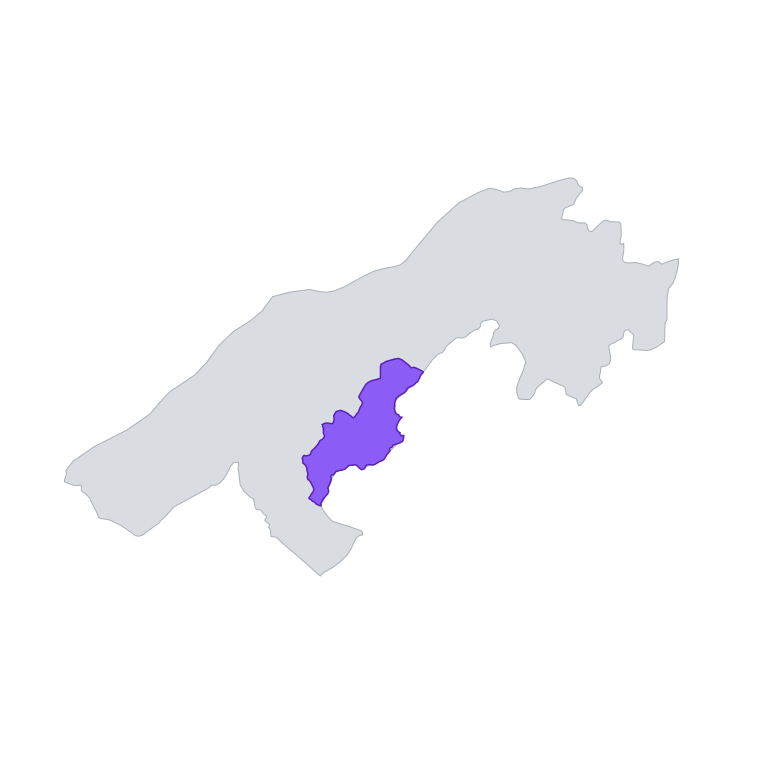 Cuvette-Ouest on a map of Republic of the Congo (Equal Earth projection), rotated 221°
{"feature_id": "COG-2185", "entity_name": "Cuvette-Ouest", "entity_type": "Region", "adm_level": 1, "iso_a3": "COG", "parent_name": "Republic of the Congo", "parent_adm1": "", "projection": "equal_earth", "projection_center": [14.65, 0.103], "detail": "fine", "context": "in_parent", "style": "filled", "palette": "violet", "viewbox_px": 768, "rotation_deg": 221, "n_neighbors": 0, "source": "natural_earth", "source_scale": "10m", "svg_char_len": 7406}
<svg xmlns="http://www.w3.org/2000/svg" viewBox="0 0 768 768"><g transform="rotate(221 384 384)"><path d="M200.0,599.8L202.9,589.6L205.1,584.9L207.7,581.6L218.3,573.6L219.9,573.9L227.2,584.3L229.6,585.1L232.2,584.8L235.3,585.3L236.8,583.2L237.0,580.5L234.8,577.5L234.4,574.3L236.0,570.8L236.9,567.0L239.2,562.4L239.4,560.2L237.0,557.9L232.0,554.3L228.7,550.9L227.4,547.6L228.3,543.3L231.0,539.9L230.8,538.0L228.4,534.9L226.7,531.6L224.9,529.6L219.9,528.3L220.8,523.9L222.7,517.4L223.1,512.4L221.7,499.2L221.8,496.8L223.2,495.6L226.2,497.1L229.2,499.1L237.3,496.2L240.1,495.8L242.5,498.3L245.8,500.3L264.5,494.8L264.9,489.2L266.0,484.1L266.1,480.3L265.3,477.9L264.4,476.1L263.8,472.3L263.8,468.2L265.6,466.3L271.6,461.5L273.5,461.6L277.7,464.3L281.6,468.4L285.1,477.1L287.5,484.6L291.4,493.7L299.5,497.4L309.3,499.7L314.6,499.1L322.2,491.4L326.4,485.3L327.8,482.1L330.3,483.8L333.1,491.7L334.9,494.8L335.4,497.7L334.1,501.4L335.3,503.8L340.6,505.4L345.2,503.8L347.3,500.6L350.7,496.4L350.8,492.8L348.9,490.5L348.9,487.3L350.8,484.8L352.7,478.0L353.3,473.0L355.1,469.9L358.5,467.6L359.8,465.6L361.7,453.8L360.7,449.5L360.7,446.0L362.9,441.5L363.3,434.1L361.1,404.8L364.5,381.4L364.2,378.4L361.8,374.8L358.8,371.5L351.1,368.8L348.2,364.4L346.0,359.8L344.3,358.3L335.9,356.5L334.0,353.9L334.8,346.5L335.5,335.5L335.2,327.8L336.7,321.6L338.4,317.0L342.1,312.1L344.1,306.3L345.2,304.9L352.3,303.9L354.8,301.5L356.8,299.1L357.7,295.8L360.1,290.4L362.3,286.7L362.5,284.2L362.0,280.7L359.9,273.9L357.3,268.2L355.8,266.2L352.7,252.8L349.8,249.7L344.2,248.0L333.6,246.4L327.2,248.9L317.5,253.3L305.2,258.2L302.4,257.7L301.1,255.7L303.0,254.0L303.9,249.9L302.7,244.1L300.8,238.7L299.7,231.3L300.2,222.0L302.0,213.2L305.9,201.9L306.2,197.2L329.7,197.5L355.0,197.3L364.7,197.7L369.4,194.8L373.8,199.2L376.0,200.2L376.7,199.8L378.4,203.0L383.9,202.6L384.8,203.4L385.3,207.1L390.4,207.0L392.9,207.9L395.0,207.8L397.9,205.6L400.1,206.3L404.0,209.2L406.7,211.6L410.6,210.8L419.6,211.2L426.5,213.6L433.4,220.1L438.0,223.8L442.2,229.4L443.7,228.4L445.9,226.2L445.9,221.5L443.6,213.4L442.7,206.5L443.2,200.9L444.9,196.8L447.9,194.4L448.2,190.1L462.2,152.9L461.8,148.6L462.1,142.2L462.8,135.0L462.6,130.8L463.6,127.9L467.2,111.1L469.2,108.3L472.3,106.3L476.7,106.2L488.4,104.9L499.4,102.1L503.0,100.9L509.8,96.4L512.5,96.2L514.7,97.9L527.9,103.1L531.6,105.1L532.9,104.8L534.9,105.2L538.0,105.3L541.0,104.6L542.9,105.3L545.4,108.6L547.0,108.3L549.1,105.8L553.1,103.3L560.8,100.5L562.0,101.7L564.7,108.0L567.4,110.1L568.0,121.6L561.6,146.7L547.9,180.5L541.1,207.1L541.1,226.5L540.4,238.8L538.2,246.2L532.8,266.4L532.0,283.7L533.9,304.8L532.1,324.9L526.4,343.9L524.0,358.8L525.4,376.8L515.1,391.8L502.1,406.7L493.7,411.0L487.2,416.0L482.5,421.7L477.6,431.6L469.8,453.0L465.8,462.3L460.5,470.3L452.7,480.1L449.8,484.7L448.6,491.4L449.1,503.7L449.9,541.2L446.4,569.9L438.7,589.9L432.9,601.0L427.1,604.4L419.5,607.4L415.9,611.2L413.7,616.7L409.4,621.5L403.2,625.7L395.3,635.8L385.7,652.0L379.2,661.3L375.7,663.7L372.1,663.9L368.3,661.9L365.2,661.7L363.6,662.5L361.1,660.3L361.2,656.6L360.7,650.4L358.9,644.1L363.0,635.1L362.7,633.1L360.7,629.8L358.5,625.1L356.5,625.5L352.1,629.0L347.5,631.8L343.2,633.0L338.0,637.4L335.2,637.4L333.6,635.7L330.0,634.0L328.1,634.6L327.0,635.4L326.2,646.2L325.5,650.9L324.2,653.1L318.9,655.4L315.3,658.6L312.2,660.7L310.3,660.2L302.6,652.0L298.6,645.3L296.1,645.2L295.4,647.3L294.2,646.3L290.4,641.8L286.0,634.8L284.4,633.7L281.9,633.8L278.1,636.4L274.2,640.5L267.4,644.2L261.6,646.3L261.1,648.8L259.8,653.2L257.9,656.0L252.8,656.8L251.0,660.7L246.6,668.3L243.7,671.8L242.9,670.3L241.1,668.5L237.5,662.6L234.0,655.3L233.0,652.0L232.0,650.1L231.8,642.8L226.4,634.1L212.9,618.6L211.5,614.0L200.0,599.8Z" fill="#d9dde1" stroke="#a8b0b8" stroke-width="1"/><path d="M349.8,304.7L352.3,304.5L353.0,304.2L353.2,303.9L353.4,303.5L357.1,299.3L357.4,297.9L357.5,294.5L359.0,291.7L361.2,289.1L362.9,286.4L362.6,283.3L362.4,282.5L362.8,281.9L363.4,281.5L363.8,280.8L363.9,279.9L363.5,279.4L362.4,278.6L361.4,277.5L360.6,276.2L359.9,274.7L359.4,273.2L358.6,269.8L357.9,268.4L355.6,267.0L354.8,265.6L354.4,263.9L354.5,258.9L354.3,257.1L353.6,253.0L353.3,252.3L352.8,251.7L352.2,251.4L351.8,251.0L351.7,250.7L352.5,250.1L353.3,249.8L354.2,249.6L356.1,249.0L356.4,249.0L356.7,249.0L358.9,249.2L359.5,249.1L360.4,248.9L360.8,248.7L361.1,248.6L361.4,248.6L362.3,248.8L362.8,248.9L365.2,248.3L365.5,248.4L365.7,248.6L366.0,249.2L366.1,249.8L366.1,250.9L366.2,251.4L366.5,252.5L366.9,256.7L367.0,257.1L367.2,257.6L368.7,259.0L369.7,259.6L375.1,261.8L377.7,262.3L378.1,262.1L378.5,262.1L378.9,262.1L379.4,262.3L380.0,262.7L381.1,263.7L381.4,264.3L382.0,265.6L382.4,266.2L383.0,266.6L385.7,268.5L387.6,270.2L388.9,270.8L390.2,271.1L391.4,271.2L393.0,271.1L393.4,271.1L393.7,271.3L394.3,272.3L394.5,272.5L394.8,272.8L396.2,273.6L396.6,273.9L396.9,274.1L397.5,276.0L397.6,276.6L397.6,276.8L397.6,277.1L397.5,277.5L397.4,277.7L397.2,277.9L397.0,278.0L396.4,278.1L395.9,278.3L395.6,278.5L395.3,279.0L395.1,279.4L395.0,279.6L394.9,279.7L394.7,279.8L394.4,280.1L394.2,280.7L394.0,280.9L393.7,281.2L393.6,281.4L393.5,281.6L393.5,281.9L393.7,283.1L393.8,283.7L393.9,284.1L394.6,285.4L394.7,286.0L394.7,286.6L394.2,290.1L394.3,294.9L394.4,296.1L395.1,298.8L395.1,299.2L395.1,299.5L395.0,299.9L394.4,301.2L394.3,301.4L394.3,301.6L394.3,301.8L394.2,302.4L394.3,303.3L394.4,304.8L394.5,305.2L394.6,305.5L394.8,305.8L395.1,306.1L397.7,307.3L397.9,307.5L398.1,307.7L398.4,308.0L398.5,308.3L398.5,308.6L398.6,308.9L398.9,309.1L399.7,309.5L400.2,309.9L400.1,310.3L400.1,310.6L400.2,310.8L400.5,311.0L400.9,311.0L402.5,311.6L402.9,312.0L403.0,312.3L403.1,312.7L403.1,313.1L403.2,313.4L403.3,313.6L403.5,313.4L403.7,313.1L403.8,313.0L404.0,313.0L402.9,315.5L401.7,316.9L400.2,318.0L398.3,319.1L396.7,320.5L398.1,324.3L401.3,327.4L402.0,331.9L399.6,335.5L395.9,337.1L392.1,338.0L391.2,338.0L390.3,337.8L388.4,338.2L386.6,338.0L385.0,338.3L384.6,340.7L385.0,343.3L385.0,344.3L384.9,345.4L385.3,346.9L386.6,350.7L387.0,353.3L387.6,355.4L389.2,356.4L392.8,357.0L394.5,357.7L395.2,360.0L397.5,371.8L397.1,374.1L396.4,376.4L395.4,378.6L392.7,382.4L390.5,386.0L398.3,395.1L399.2,397.3L398.1,399.5L397.2,402.4L392.4,409.8L389.7,412.9L386.0,414.1L376.8,414.5L374.7,413.9L373.5,414.7L372.4,416.2L368.9,417.5L362.5,419.0L362.3,418.7L362.0,417.9L361.9,417.3L362.2,416.2L362.3,415.6L362.1,414.9L361.6,413.4L360.2,408.2L360.2,407.3L360.7,405.9L360.9,403.0L361.2,401.5L362.0,399.9L362.8,398.6L363.4,397.2L363.2,395.1L362.8,393.5L362.8,391.8L363.1,390.2L365.1,384.4L365.4,382.2L365.0,380.3L363.8,377.1L363.2,376.2L361.3,374.4L360.2,372.4L358.5,371.0L356.7,369.9L355.3,369.4L354.4,369.5L353.7,370.0L352.9,370.4L352.1,370.1L351.2,369.6L350.4,369.6L349.6,370.0L348.7,370.6L348.7,368.1L348.3,365.4L347.7,362.7L346.9,360.5L345.6,358.8L343.8,357.6L341.8,357.2L340.0,357.8L339.7,357.2L339.3,356.7L338.8,356.5L337.0,356.2L336.7,356.4L336.5,356.8L336.3,357.3L336.1,357.6L335.5,357.9L335.2,358.0L334.9,357.7L332.6,354.0L332.6,352.2L333.2,350.5L335.4,346.5L336.0,345.4L336.5,344.8L337.0,343.9L337.0,343.3L336.7,342.5L336.6,341.5L336.8,340.9L337.5,339.7L337.6,339.0L337.2,338.2L336.6,338.0L336.0,338.0L335.7,337.5L335.5,332.8L335.3,331.1L334.8,329.1L334.6,327.4L334.8,325.8L336.5,322.5L338.2,317.2L339.2,315.7L342.9,313.0L343.8,311.6L344.0,310.2L343.7,308.9L343.1,307.5L344.6,304.7L347.1,304.3L349.8,304.7Z" fill="#8b5cf6" stroke="#5b21b6" stroke-width="1.5"/></g></svg>